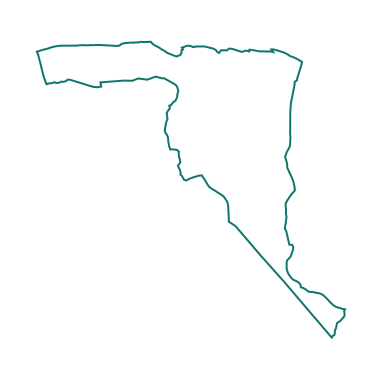 outline of Acaraú, Ceará, Brazil, rotated 355°
{"feature_id": "56859067B6920574376771", "entity_name": "Acaraú", "entity_type": "district", "adm_level": 2, "iso_a3": "BRA", "parent_name": "Brazil", "parent_adm1": "Ceará", "projection": "albers", "projection_center": [-40.098, -3.061], "detail": "fine", "context": "isolated", "style": "outline", "palette": "teal", "viewbox_px": 384, "rotation_deg": 355, "n_neighbors": 0, "source": "geoboundaries", "source_scale": "gbopen_adm2", "svg_char_len": 3927}
<svg xmlns="http://www.w3.org/2000/svg" viewBox="0 0 384 384"><g transform="rotate(355 192 192)"><path d="M313.0,72.0L310.1,69.9L307.8,68.3L305.2,66.8L303.6,66.0L301.8,65.3L298.7,62.8L295.6,61.0L290.0,58.7L285.4,57.0L283.5,56.9L285.1,59.7L282.3,58.8L279.5,58.6L277.3,58.4L274.2,58.0L271.8,57.8L270.0,57.4L265.9,56.2L263.6,55.6L261.6,55.2L261.3,57.0L257.9,55.8L255.9,56.3L254.0,56.8L250.6,55.5L247.9,54.3L246.2,53.6L244.1,52.8L241.3,52.4L239.3,54.0L235.8,53.5L233.1,53.5L231.0,55.9L229.2,54.5L228.0,52.5L225.2,50.8L218.7,48.6L216.1,47.9L214.1,47.9L210.1,47.5L208.1,47.5L205.6,47.8L203.7,46.5L200.1,45.8L197.6,46.5L194.5,47.3L195.6,49.2L193.8,50.0L193.7,52.4L192.1,54.6L188.6,55.6L186.7,55.0L184.8,53.9L181.6,52.4L179.4,51.2L176.9,49.0L174.1,47.2L172.3,45.7L170.8,44.6L169.1,43.5L167.0,42.2L165.2,40.4L164.0,38.7L161.7,38.7L159.6,38.6L157.6,38.4L155.8,38.3L154.1,37.9L151.6,38.4L149.2,38.1L147.1,38.2L144.6,37.9L142.5,37.8L140.0,37.8L137.5,37.9L134.8,38.3L132.4,39.9L129.2,39.9L122.0,38.8L120.1,38.5L117.0,38.1L115.2,37.8L113.0,37.5L110.6,37.3L108.8,37.1L106.7,37.2L103.2,36.8L100.5,36.8L96.8,36.3L94.5,36.1L91.2,36.1L89.0,36.1L87.2,35.9L84.9,35.7L82.2,35.5L79.9,35.3L76.6,35.0L73.2,34.8L68.9,35.0L66.1,35.3L62.5,36.1L60.6,36.6L55.6,37.4L53.2,37.9L51.4,38.4L49.7,38.7L50.7,41.9L51.5,46.9L52.0,49.5L53.5,59.2L54.6,65.5L56.4,71.9L59.0,71.4L62.4,71.3L64.3,70.6L66.5,71.6L69.2,71.5L71.7,70.6L73.5,71.1L75.9,70.6L77.9,69.3L79.9,69.4L101.0,78.0L103.7,78.9L105.5,79.2L107.7,79.4L110.8,79.0L110.5,76.7L110.4,74.8L134.3,75.1L142.2,76.0L148.3,74.2L157.2,76.2L165.9,73.9L168.4,74.8L171.8,76.1L174.4,76.4L185.0,83.7L186.3,85.8L186.8,87.9L187.2,90.4L185.9,93.3L185.6,95.8L184.7,97.5L183.6,99.5L181.4,100.8L180.1,101.9L178.8,103.7L176.9,104.0L177.2,106.8L175.0,109.1L173.6,111.5L173.9,114.4L173.8,117.7L172.7,119.5L172.0,121.5L171.5,123.4L170.7,126.3L170.2,128.9L170.8,130.9L172.1,133.1L172.7,135.2L172.9,137.7L172.7,139.7L173.0,141.6L173.2,144.6L174.2,147.9L176.6,147.8L178.3,148.2L180.8,148.8L182.4,150.6L182.1,153.3L182.2,156.4L182.9,159.1L182.8,161.7L181.6,163.0L180.3,164.6L180.9,166.4L181.8,168.8L182.4,171.5L182.0,173.6L183.5,175.4L184.3,177.3L185.2,179.2L187.4,180.0L190.8,178.5L195.0,177.4L196.7,177.1L200.3,176.3L203.2,176.3L204.3,178.4L205.6,180.6L206.7,182.9L207.8,185.1L208.6,186.9L209.8,188.6L211.5,190.1L213.5,191.6L215.8,193.3L217.5,194.7L219.0,195.8L220.4,196.9L222.1,198.2L223.7,200.0L225.1,202.6L226.4,205.4L226.8,208.6L226.7,212.0L226.6,214.9L226.5,218.0L226.4,220.7L226.2,222.7L226.1,224.7L232.5,229.9L254.9,261.3L276.2,289.8L283.3,299.8L301.5,325.4L303.1,327.6L318.5,349.2L319.6,347.7L321.3,346.9L322.1,344.7L322.2,342.5L323.4,340.6L324.2,338.1L325.0,335.4L326.6,334.3L328.6,333.3L330.4,331.6L333.0,329.0L333.4,326.6L333.1,324.2L334.3,322.2L331.9,321.7L329.8,320.7L327.9,320.0L325.6,319.1L323.0,317.2L321.3,315.2L319.8,313.5L318.3,311.5L316.3,309.1L314.6,307.1L312.4,305.2L309.5,303.8L307.3,303.4L304.9,302.5L302.0,301.9L299.7,301.6L297.9,300.1L296.6,298.8L294.2,297.2L292.2,296.5L291.9,293.5L290.1,291.1L287.7,289.6L285.3,288.3L283.8,286.8L282.0,284.0L280.7,281.5L280.0,279.0L279.6,276.7L279.9,273.8L280.0,271.7L280.2,269.8L281.3,267.9L283.1,266.4L284.6,264.9L285.6,262.7L286.4,260.9L287.6,258.4L288.1,255.8L287.2,253.4L284.4,253.0L283.5,246.7L283.1,243.9L282.5,239.2L281.3,236.7L281.7,234.4L282.7,231.1L283.2,228.7L284.0,225.0L283.7,222.1L284.0,219.1L284.2,217.3L284.1,213.3L284.4,211.4L286.2,208.7L290.2,203.7L291.5,202.4L294.5,199.5L294.7,197.5L294.5,195.5L294.3,193.1L293.8,190.2L292.8,186.4L291.3,182.5L290.2,179.3L289.0,176.1L289.2,172.4L288.7,169.4L287.8,165.1L288.7,163.0L290.1,160.2L293.1,155.8L294.0,152.5L294.4,148.7L294.8,146.9L294.9,140.8L295.3,138.7L295.5,135.6L296.2,128.4L296.7,122.4L297.3,118.2L297.6,116.4L298.1,113.1L298.8,110.0L299.5,107.9L300.0,106.2L300.8,103.5L302.5,97.7L303.5,94.2L303.9,91.2L306.2,90.1L306.8,87.8L312.0,75.0L313.0,72.0Z" fill="none" stroke="#0f766e" stroke-width="2"/></g></svg>